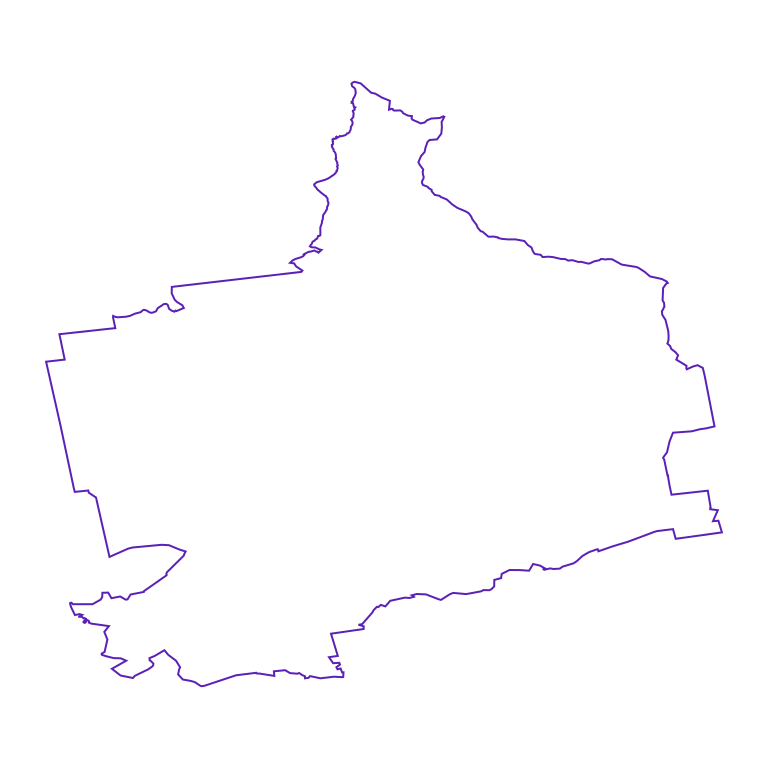 Rendas pag., Kuldigas, Latvia
{"feature_id": "27541924B10762740243269", "entity_name": "Rendas pag.", "entity_type": "district", "adm_level": 2, "iso_a3": "LVA", "parent_name": "Latvia", "parent_adm1": "Kuldigas", "projection": "robinson", "projection_center": [22.21, 57.075], "detail": "fine", "context": "isolated", "style": "outline", "palette": "violet", "viewbox_px": 768, "rotation_deg": 0, "n_neighbors": 0, "source": "geoboundaries", "source_scale": "gbopen_adm2", "svg_char_len": 6078}
<svg xmlns="http://www.w3.org/2000/svg" viewBox="0 0 768 768"><path d="M704.7,375.9L702.8,367.9L697.5,365.2L693.3,366.4L686.8,369.3L686.3,368.2L686.5,365.8L676.3,359.6L678.1,355.3L675.4,352.1L671.3,349.0L670.1,346.0L667.4,343.6L668.5,340.2L668.6,335.7L668.2,330.8L665.5,319.9L662.3,314.9L661.9,311.2L663.3,309.1L663.6,307.7L664.4,306.8L664.0,302.7L662.6,300.5L663.1,288.0L666.6,283.3L667.7,283.0L666.7,281.5L661.8,279.0L650.0,276.4L644.6,271.8L638.6,267.9L636.5,267.0L621.7,264.6L612.2,259.3L607.7,259.1L605.7,259.5L601.2,258.9L599.4,260.2L594.0,261.4L590.0,263.3L588.3,263.6L581.2,261.8L578.6,262.0L572.5,260.2L568.2,260.6L565.3,259.1L560.7,258.9L553.0,257.1L548.6,256.7L542.5,257.0L540.7,254.8L535.2,254.0L534.3,253.5L532.7,250.8L531.5,247.5L527.9,245.1L524.4,241.0L515.6,239.4L508.0,239.4L502.0,238.9L498.2,238.0L498.0,237.4L493.9,236.6L488.4,236.7L482.6,231.7L480.7,231.2L478.4,228.5L477.6,227.5L476.5,224.8L472.3,219.2L471.2,216.5L468.7,213.2L465.9,211.5L457.4,207.9L452.2,204.4L446.7,199.4L440.8,197.0L439.5,195.8L434.7,194.9L431.6,191.1L431.7,189.9L428.8,188.2L427.6,186.8L422.9,184.9L421.9,182.7L422.2,180.9L423.5,178.5L423.7,176.9L422.9,174.4L422.7,171.8L423.2,169.5L419.8,164.9L418.4,162.2L421.0,156.1L424.6,152.0L425.4,148.0L427.5,141.9L429.6,140.0L437.0,139.4L441.3,133.7L441.9,127.2L441.6,122.1L444.3,116.8L443.3,116.3L439.8,118.0L431.4,118.5L426.8,120.4L424.6,122.5L420.8,123.4L412.5,119.7L411.6,118.5L411.9,116.1L407.9,115.6L403.1,113.2L402.2,111.7L400.3,110.4L394.4,110.6L393.2,110.0L392.7,109.0L391.4,108.8L389.0,109.7L389.9,100.8L382.2,97.7L375.4,93.7L371.1,92.7L360.7,83.4L354.6,81.8L352.8,82.5L351.5,83.6L351.9,85.6L352.3,86.4L354.3,87.8L355.3,89.3L355.8,93.0L354.9,95.7L353.0,99.2L352.6,101.5L351.9,101.7L352.2,102.1L351.7,102.9L353.1,103.4L353.9,106.9L355.3,107.4L354.4,108.5L354.7,109.4L354.6,109.8L352.9,110.8L352.8,111.5L353.4,112.4L353.7,114.1L353.3,115.2L353.4,117.0L351.1,119.7L352.3,121.3L352.6,123.4L352.4,124.5L350.9,126.9L350.7,129.5L349.3,132.4L348.2,133.3L347.0,133.4L346.4,134.4L345.0,135.3L341.1,136.3L339.8,136.0L339.5,136.5L337.7,137.5L336.5,136.6L336.0,137.1L336.5,138.2L336.4,138.4L334.5,138.9L333.6,138.6L332.5,139.4L332.8,140.2L332.5,141.0L333.0,141.6L332.8,142.5L333.1,143.4L332.9,144.4L331.9,144.8L332.0,145.6L331.8,146.2L332.3,146.9L332.2,147.6L333.6,149.3L333.6,150.8L334.8,152.1L335.7,153.8L336.1,158.3L335.5,158.9L337.4,162.9L337.2,163.7L337.8,165.5L337.0,166.4L337.7,168.0L337.2,170.0L336.7,170.6L336.8,171.0L336.4,171.2L336.4,171.9L334.4,174.3L328.5,178.3L325.1,179.8L316.8,182.2L314.1,184.4L314.6,186.1L316.3,187.7L317.0,189.1L321.0,192.6L325.0,195.7L326.2,196.3L326.4,197.1L327.6,198.5L327.6,200.8L328.5,203.0L328.0,205.4L327.0,207.0L327.2,208.1L326.6,210.0L326.0,210.4L325.7,211.5L323.1,215.2L322.7,219.6L322.0,220.9L321.9,223.0L320.3,227.5L320.4,235.1L319.6,235.9L318.2,235.9L317.2,238.5L315.2,239.7L314.7,240.6L312.9,241.5L312.3,242.3L311.6,244.2L310.6,245.1L310.4,245.8L309.9,246.3L311.2,247.2L315.5,247.5L319.4,249.4L321.5,249.9L318.4,252.7L317.3,251.6L316.0,251.5L314.5,250.5L310.2,251.7L308.7,251.8L304.1,254.1L303.8,254.4L304.4,254.8L303.2,256.2L300.6,257.4L295.3,259.0L292.5,260.5L290.1,262.8L294.2,263.4L296.0,266.3L302.4,270.6L301.3,271.9L171.8,286.9L171.7,293.3L174.6,299.6L177.0,302.0L182.4,305.3L183.8,308.0L176.4,311.1L175.5,310.6L174.4,311.7L171.4,310.5L169.0,308.7L167.9,305.2L167.2,304.4L166.0,303.9L164.0,304.0L157.7,308.2L156.1,311.2L153.1,312.5L151.2,312.8L149.4,312.3L146.6,310.5L144.0,309.8L142.9,310.2L140.6,312.2L135.1,313.6L130.1,315.8L126.3,316.7L117.6,317.3L114.8,316.7L113.2,315.9L113.0,317.2L115.3,328.1L59.4,334.2L64.7,359.6L46.1,361.7L60.5,425.5L73.9,488.6L74.8,491.9L88.3,490.5L88.8,492.7L96.0,497.5L109.5,556.9L128.2,548.6L132.6,547.5L161.5,544.8L169.0,545.2L179.1,549.4L185.6,551.5L184.3,554.0L183.8,555.6L166.9,572.3L166.3,573.8L166.7,574.9L166.4,575.4L144.0,591.1L143.9,591.9L130.6,594.5L127.5,599.4L125.6,599.6L120.2,596.5L111.4,598.2L108.2,592.6L102.4,592.8L102.2,597.1L100.7,599.6L92.5,604.2L72.9,604.2L71.4,602.7L70.1,603.1L70.3,604.7L71.5,608.0L74.9,615.0L79.6,614.1L82.1,614.9L78.5,616.9L81.9,616.7L83.5,618.4L84.5,618.1L86.0,618.8L86.0,619.4L83.5,621.6L83.5,622.2L84.3,622.8L84.7,622.9L85.8,622.2L86.7,620.3L87.1,620.0L88.6,620.7L89.1,621.5L88.9,622.6L91.2,623.6L108.9,626.1L104.3,631.9L107.4,639.5L104.6,651.9L101.6,653.7L101.6,654.2L101.9,654.8L105.7,656.1L113.7,658.1L120.7,658.3L126.2,660.7L111.9,668.8L120.6,675.5L132.9,678.0L134.9,675.8L148.3,669.3L152.6,666.2L153.2,665.3L153.4,663.6L150.1,660.3L149.7,660.3L149.5,658.1L154.8,655.9L164.4,650.2L168.3,654.9L176.0,660.7L180.1,667.3L179.2,669.2L178.1,674.4L182.8,679.5L190.6,680.9L194.8,682.1L200.7,686.0L201.5,686.2L204.4,685.8L236.0,675.3L256.2,672.8L256.4,673.4L259.7,673.6L274.3,675.9L273.9,671.3L285.2,670.2L290.0,673.1L297.4,673.7L299.1,673.0L302.4,675.2L304.9,676.2L305.0,678.3L308.6,677.8L310.0,676.1L320.4,678.3L334.1,676.7L342.5,677.2L343.2,677.0L343.5,672.3L342.1,672.4L340.6,668.5L337.5,669.3L336.4,667.2L340.0,664.6L339.3,662.8L333.1,663.2L329.0,657.2L337.8,655.9L331.0,633.7L363.6,629.0L363.7,626.3L358.5,624.8L362.2,624.1L372.5,612.3L373.6,610.2L376.9,606.8L378.3,607.1L380.8,604.9L385.4,606.4L390.2,600.8L405.1,597.6L409.1,598.0L414.0,596.8L413.1,595.6L412.2,595.2L416.7,594.0L426.0,594.4L438.5,599.2L441.0,599.9L449.9,594.2L453.2,592.9L466.2,594.1L481.3,591.3L483.3,590.1L489.4,590.2L491.4,589.2L494.2,586.4L494.3,579.9L501.1,578.1L501.7,573.9L509.5,570.0L520.3,570.1L529.1,570.7L533.1,564.0L540.0,565.6L545.5,568.7L543.7,569.3L544.2,569.8L550.1,568.4L553.6,569.0L559.9,568.6L562.4,566.7L573.6,563.3L577.0,561.0L582.5,555.9L589.1,552.1L597.3,549.2L598.0,549.4L598.4,551.3L612.8,546.3L628.1,541.7L654.2,531.9L657.0,531.1L673.0,529.1L675.7,538.8L721.9,532.4L718.4,520.7L713.0,521.2L717.8,510.2L710.2,509.2L710.3,507.7L710.6,507.7L710.5,506.6L707.8,490.7L671.5,494.7L669.6,485.8L668.1,477.1L668.0,475.5L667.6,475.6L667.3,474.5L664.2,459.6L663.2,458.0L663.2,457.5L667.0,452.3L669.5,441.6L673.0,432.7L691.8,431.3L699.6,429.3L706.4,428.3L714.5,426.4L704.7,375.9Z" fill="none" stroke="#5b21b6" stroke-width="2"/></svg>